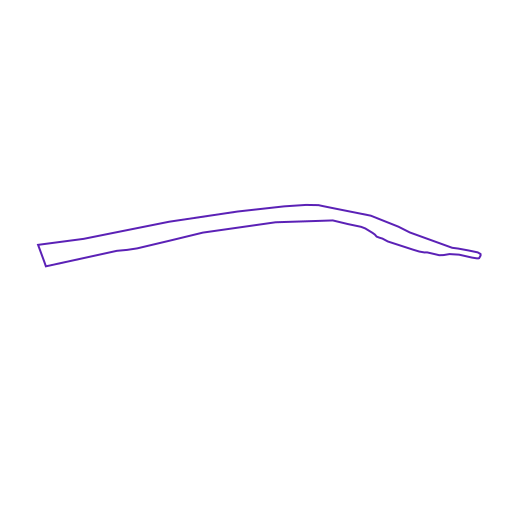 Tekavatoetoe, Tuvalu (Mercator projection), rotated 210°
{"feature_id": "33948139B21939917075159", "entity_name": "Tekavatoetoe", "entity_type": "district", "adm_level": 2, "iso_a3": "TUV", "parent_name": "Tuvalu", "parent_adm1": "", "projection": "mercator", "projection_center": [179.18, -8.535], "detail": "fine", "context": "isolated", "style": "outline", "palette": "violet", "viewbox_px": 512, "rotation_deg": 210, "n_neighbors": 0, "source": "geoboundaries", "source_scale": "gbopen_adm2", "svg_char_len": 857}
<svg xmlns="http://www.w3.org/2000/svg" viewBox="0 0 512 512"><g transform="rotate(210 256 256)"><path d="M432.8,142.0L406.1,166.3L379.1,190.9L370.6,196.9L362.7,203.2L337.8,226.7L313.7,249.7L304.0,257.3L255.9,295.0L218.2,318.4L207.3,325.2L192.4,329.6L179.6,333.8L175.2,334.5L166.7,334.3L163.8,334.0L161.2,333.1L158.2,333.6L155.2,334.3L149.1,334.5L123.2,340.0L116.8,341.5L111.9,343.3L109.6,344.7L102.1,347.0L97.7,348.3L94.0,350.6L89.4,354.4L80.8,358.7L75.0,360.5L68.2,362.6L63.8,364.3L62.4,365.0L61.7,365.7L61.7,366.8L61.7,368.2L61.9,369.1L62.6,370.0L65.8,370.0L74.6,367.1L84.7,363.5L90.2,361.2L104.3,358.7L134.6,353.3L147.3,352.6L176.8,348.3L210.1,337.0L223.2,332.6L227.3,331.3L238.3,325.2L256.4,313.1L294.2,285.3L316.1,267.9L348.3,242.3L391.2,204.6L413.8,184.7L450.3,156.7L436.4,145.1L432.8,142.0Z" fill="none" stroke="#5b21b6" stroke-width="2"/></g></svg>